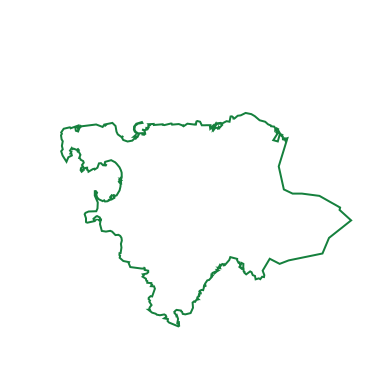 Randaberg nor, Rogaland, Norway (Albers equal-area conic projection), rotated 321°
{"feature_id": "86288312B80966124868443", "entity_name": "Randaberg nor", "entity_type": "district", "adm_level": 2, "iso_a3": "NOR", "parent_name": "Norway", "parent_adm1": "Rogaland", "projection": "albers", "projection_center": [5.609, 59.004], "detail": "fine", "context": "isolated", "style": "outline", "palette": "green", "viewbox_px": 384, "rotation_deg": 321, "n_neighbors": 0, "source": "geoboundaries", "source_scale": "gbopen_adm2", "svg_char_len": 6060}
<svg xmlns="http://www.w3.org/2000/svg" viewBox="0 0 384 384"><g transform="rotate(321 192 192)"><path d="M297.4,212.0L296.7,211.6L298.2,207.8L296.8,209.6L295.8,208.3L297.4,206.1L296.9,205.3L297.9,204.6L297.1,204.0L297.6,203.5L297.1,202.7L297.7,199.1L297.3,198.9L296.7,202.3L290.5,206.7L287.8,202.9L295.8,200.2L295.9,199.3L294.3,198.9L295.7,198.6L296.0,196.5L297.6,196.5L298.8,198.2L297.8,195.7L295.8,196.1L296.8,194.9L297.0,192.9L294.8,190.6L295.1,189.9L293.7,187.3L293.1,183.5L289.7,178.8L288.5,172.5L287.1,168.8L283.4,164.3L278.1,163.1L275.5,161.5L271.1,161.6L270.4,161.0L271.0,160.0L270.6,158.3L269.5,157.6L265.4,161.0L263.4,158.7L258.4,157.7L257.9,156.4L254.7,154.4L254.4,154.9L257.3,156.8L257.6,158.9L253.9,159.4L253.8,158.6L253.0,159.7L252.0,159.1L252.5,158.3L250.4,156.9L250.8,155.6L253.4,154.9L253.8,153.7L250.5,154.6L250.0,156.9L248.0,157.4L248.4,156.8L247.5,156.9L248.2,156.3L247.1,156.8L248.1,156.1L247.5,156.3L247.1,156.2L247.8,156.1L247.3,155.0L249.9,154.6L250.3,153.7L246.0,154.3L247.0,152.7L248.0,153.4L247.5,152.6L248.4,151.7L241.6,146.3L242.5,142.5L240.8,140.2L239.8,140.0L236.9,142.6L237.6,141.2L236.7,141.5L231.4,136.0L226.8,135.6L226.5,134.7L227.9,135.1L226.5,134.2L224.5,130.9L218.9,127.1L219.2,126.0L218.5,125.4L212.6,122.6L211.5,121.4L211.8,120.9L204.5,115.9L205.1,115.0L200.9,112.0L201.0,113.4L199.9,112.9L198.7,114.1L199.0,114.5L196.8,115.3L195.6,114.8L197.6,112.8L195.5,114.6L194.2,114.3L192.6,112.0L193.6,114.7L192.6,116.7L191.5,116.4L192.3,115.7L191.1,116.4L191.6,117.4L190.8,117.4L189.6,116.1L190.4,115.0L187.1,112.6L186.1,109.7L186.7,107.0L189.4,104.7L193.1,104.9L196.9,107.1L197.1,106.1L191.7,103.9L188.2,104.7L186.1,107.0L185.5,109.2L185.9,111.5L187.3,113.6L184.2,115.0L183.3,114.8L183.2,113.3L184.1,112.3L181.5,112.4L182.9,113.4L183.0,114.8L181.8,115.1L181.5,114.2L177.9,114.5L173.7,112.2L171.3,108.3L171.7,105.9L173.7,104.9L171.9,105.4L170.6,100.5L171.3,97.6L174.1,92.6L173.6,88.2L167.4,85.0L167.4,85.8L166.2,85.8L165.9,84.5L163.5,85.2L160.0,79.2L147.3,71.3L146.9,69.7L146.8,71.4L144.1,71.2L144.4,71.7L143.8,71.9L143.2,71.2L142.8,71.8L143.5,72.2L141.6,73.3L140.3,71.3L141.8,68.6L145.4,69.6L145.8,68.9L137.8,66.1L138.0,65.3L137.5,64.7L132.1,62.1L127.8,63.4L127.5,64.9L125.9,65.5L123.8,69.0L123.5,71.2L119.9,74.3L118.4,77.5L116.0,78.0L114.4,82.1L113.5,89.5L117.8,87.2L121.6,88.0L122.4,86.3L121.7,85.6L123.6,84.8L123.2,83.1L126.3,82.1L126.3,83.7L127.3,83.8L128.9,86.8L130.4,86.9L130.4,88.1L128.9,87.9L128.6,88.7L129.4,89.2L128.7,92.9L125.7,94.6L126.2,95.3L125.8,96.9L126.9,99.5L126.3,101.1L123.5,101.8L123.3,103.7L121.3,103.4L119.2,104.9L119.0,106.8L120.2,106.8L120.5,104.9L121.9,106.6L123.1,105.4L124.3,106.6L125.3,106.1L124.8,106.4L125.8,107.1L124.5,108.8L124.9,109.8L124.3,111.1L129.3,111.8L130.7,112.4L130.6,113.3L133.8,113.6L137.7,111.2L139.4,112.3L139.7,115.2L141.7,117.1L143.1,116.6L141.5,116.7L141.2,115.5L143.5,113.9L149.2,116.4L151.0,120.6L151.2,122.8L151.2,127.2L150.4,130.4L149.5,132.7L146.8,136.2L144.8,137.6L144.4,137.0L144.4,137.8L143.7,137.1L144.1,136.5L143.4,136.7L144.2,138.1L142.6,140.3L141.7,137.1L141.6,139.5L142.1,140.3L139.8,142.8L136.7,145.2L131.3,147.2L129.5,146.5L128.0,147.6L129.8,144.7L128.3,145.6L127.7,147.7L124.8,147.1L126.0,144.5L128.5,143.8L125.1,144.5L124.6,147.0L122.7,146.2L122.6,145.0L122.2,146.3L120.5,146.0L118.4,144.6L118.5,143.2L116.9,142.9L115.0,139.0L114.9,136.5L116.0,133.7L117.8,132.8L117.8,130.7L117.0,130.2L114.2,133.6L112.2,140.8L108.2,145.3L105.5,146.7L99.4,142.1L96.1,141.2L94.6,141.7L93.1,145.7L90.9,148.4L90.7,148.9L91.4,150.0L98.1,153.4L99.3,153.2L98.0,152.4L98.6,150.8L102.3,150.7L103.1,151.0L104.3,153.8L103.9,155.0L103.0,155.1L104.0,156.1L103.6,156.5L101.8,154.9L102.3,157.2L100.3,159.0L97.4,165.5L100.2,168.6L104.0,170.7L105.0,172.5L105.4,177.3L107.9,179.0L108.6,181.0L108.3,183.3L106.9,185.6L104.1,187.6L102.2,190.8L98.1,194.5L97.2,193.9L95.9,195.3L96.0,196.3L94.4,197.6L95.2,202.4L98.9,206.9L98.1,207.2L96.8,211.5L104.4,219.5L106.3,221.2L107.1,220.9L107.3,221.5L106.2,222.8L108.4,225.6L107.5,226.8L105.5,226.9L102.1,225.1L102.2,226.3L100.3,226.7L101.6,230.4L100.7,232.1L101.2,233.0L100.1,234.4L103.1,237.2L102.3,238.2L102.6,238.8L100.9,239.4L103.1,241.4L102.3,243.8L95.3,248.1L94.3,246.9L91.8,247.0L90.9,247.9L91.0,250.0L89.8,250.4L89.4,254.4L86.7,255.0L85.5,255.7L85.2,257.0L84.0,256.1L85.1,260.7L87.2,263.8L87.4,265.1L89.5,267.6L93.4,269.7L94.0,271.2L93.5,272.9L90.9,272.7L93.3,275.6L91.8,277.0L92.0,279.0L96.8,287.8L97.8,287.9L98.5,286.8L98.2,285.7L99.2,285.9L99.9,284.9L98.6,284.2L101.3,281.9L102.6,278.3L101.9,278.4L102.4,277.2L102.2,275.1L102.8,274.2L103.7,274.9L103.3,274.2L104.2,273.8L105.8,273.9L108.8,277.2L108.5,278.1L108.9,278.8L108.1,280.9L109.8,282.9L114.7,285.2L119.9,282.6L122.9,278.3L124.9,278.3L125.3,279.8L125.6,278.1L125.7,279.2L127.7,278.5L129.3,279.7L128.2,278.1L129.5,279.2L129.3,277.7L130.0,277.2L131.9,277.5L132.5,277.1L132.0,276.7L133.8,275.4L135.0,276.3L135.4,275.7L135.2,273.9L135.8,273.7L137.8,274.1L138.9,275.3L141.9,273.1L144.3,273.7L142.2,272.6L142.8,272.1L143.9,272.5L144.4,271.5L148.3,270.3L149.9,271.1L155.1,270.3L153.7,269.9L154.7,268.9L154.8,269.6L155.3,269.7L155.0,268.9L157.0,267.8L159.6,268.5L158.6,269.4L159.8,269.4L160.2,268.5L160.2,269.2L162.4,269.5L161.9,269.0L162.2,268.3L163.1,269.4L162.7,268.5L163.9,269.0L163.2,268.2L164.1,267.7L165.2,268.5L164.9,267.4L166.9,269.0L165.3,267.4L168.0,266.2L168.3,267.2L166.6,267.7L170.2,267.0L170.8,267.8L170.1,268.0L171.1,268.2L170.5,269.0L171.4,269.5L178.2,268.3L180.8,266.7L185.0,272.4L184.2,273.3L183.6,276.3L184.6,276.6L183.1,279.7L185.9,278.4L186.7,280.2L183.8,283.5L182.9,282.8L182.2,280.0L181.7,280.1L182.4,283.3L183.7,284.1L182.2,286.2L182.5,287.2L181.9,287.6L182.3,290.1L187.2,290.3L187.8,291.8L186.9,294.8L188.1,296.9L186.5,299.9L189.6,301.2L190.2,302.7L193.2,302.0L194.4,303.4L195.9,302.1L197.4,297.6L210.4,292.8L214.9,303.0L224.1,306.0L254.7,321.9L269.6,313.9L297.8,314.2L295.4,298.8L297.3,297.3L288.6,275.2L276.4,262.4L269.2,256.6L265.0,247.8L275.5,226.7L297.4,212.0ZM300.0,210.2L299.5,210.0L299.1,210.8L300.0,210.2Z" fill="none" stroke="#15803d" stroke-width="2"/></g></svg>